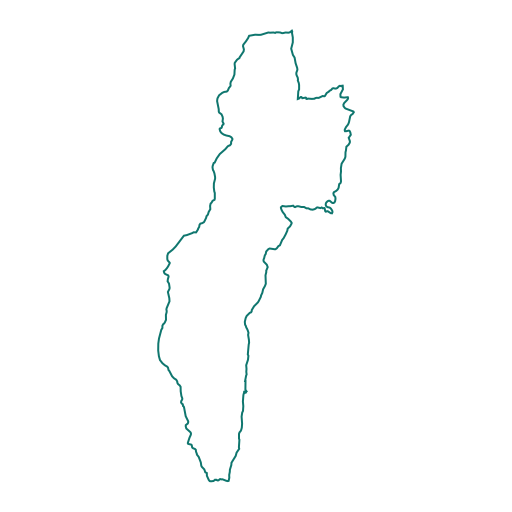 Vianí, Cundinamarca, Colombia (orthographic projection)
{"feature_id": "7082276B21790258987214", "entity_name": "Vianí", "entity_type": "district", "adm_level": 2, "iso_a3": "COL", "parent_name": "Colombia", "parent_adm1": "Cundinamarca", "projection": "orthographic", "projection_center": [-74.551, 4.881], "detail": "fine", "context": "isolated", "style": "outline", "palette": "teal", "viewbox_px": 512, "rotation_deg": 0, "n_neighbors": 0, "source": "geoboundaries", "source_scale": "gbopen_adm2", "svg_char_len": 6020}
<svg xmlns="http://www.w3.org/2000/svg" viewBox="0 0 512 512"><path d="M228.6,480.9L229.3,477.8L229.2,474.9L229.8,471.9L229.9,469.7L231.3,465.1L231.5,462.7L235.7,455.9L236.6,452.6L239.2,448.8L238.9,447.3L239.4,439.7L239.0,438.7L239.0,433.9L239.5,432.4L240.7,431.0L241.2,429.9L241.8,427.7L242.1,423.7L241.6,416.6L242.2,412.6L243.0,410.9L243.3,406.1L242.9,401.5L243.4,395.0L244.2,392.1L244.2,390.9L245.1,392.8L245.8,392.5L245.2,391.5L246.4,391.2L245.4,389.7L245.5,381.0L245.1,381.0L246.1,375.7L246.6,374.4L246.3,371.8L246.5,368.9L246.2,365.2L248.0,359.7L248.4,355.8L247.8,354.4L247.9,353.5L248.7,344.6L249.1,342.7L248.9,339.7L248.1,334.9L248.5,332.8L247.7,330.3L246.9,328.5L246.3,327.6L245.8,325.9L245.1,324.7L244.8,321.9L245.7,318.0L246.7,315.9L249.8,312.8L251.1,312.3L251.6,311.5L251.8,310.0L254.1,306.2L257.9,302.4L258.7,301.1L260.8,296.9L261.1,295.4L262.3,292.9L263.1,289.3L264.9,286.1L265.8,283.8L265.5,275.3L266.3,272.0L266.2,270.8L267.7,267.1L266.8,264.7L263.8,261.6L263.5,260.7L263.6,259.4L264.1,258.3L264.8,255.4L265.7,254.0L266.2,251.5L268.4,249.1L269.7,248.5L275.0,249.3L275.5,249.2L276.8,248.3L278.4,246.1L279.9,245.3L282.2,239.9L283.6,238.2L285.7,234.3L287.3,230.7L287.7,228.6L290.0,226.4L291.3,224.1L291.7,223.0L290.9,221.6L288.1,218.8L285.8,217.2L284.8,214.7L282.8,212.2L281.8,210.4L281.0,208.4L280.9,207.3L282.4,206.0L285.9,206.5L288.7,206.2L290.3,206.2L293.2,205.7L294.5,207.0L295.1,207.1L296.5,206.4L297.8,206.2L298.7,206.3L301.3,207.0L304.1,207.0L306.4,208.3L308.2,208.3L310.4,209.4L312.6,209.7L314.4,209.2L315.5,208.7L316.7,207.6L317.5,207.4L320.4,208.1L321.7,207.5L322.8,208.3L324.3,208.0L324.6,208.2L325.2,211.1L325.6,211.6L325.9,211.7L326.6,211.3L327.7,211.2L330.8,213.2L332.0,213.3L332.5,212.0L332.2,210.6L330.9,208.6L330.0,207.8L329.0,207.4L327.7,207.2L326.5,206.5L325.9,205.6L325.7,204.5L325.9,203.3L326.3,202.5L327.6,201.2L328.9,200.7L329.7,200.8L332.1,202.8L332.7,203.0L333.4,203.0L334.4,202.5L335.1,201.2L335.5,198.8L335.3,197.0L333.7,195.0L333.4,193.2L333.9,192.2L336.2,190.9L337.7,189.5L338.6,187.8L339.2,184.1L340.4,183.2L340.7,182.6L341.0,181.3L340.6,174.8L341.0,171.5L340.9,168.1L341.6,163.7L344.5,159.1L345.1,157.8L345.4,156.7L345.5,152.2L345.9,150.7L346.4,146.7L348.6,144.7L349.8,142.6L349.9,141.2L348.7,137.8L350.8,134.8L350.3,132.4L349.7,131.1L349.2,130.7L348.7,130.6L346.2,131.2L345.0,131.2L344.7,130.2L344.8,129.5L346.0,127.1L347.9,124.7L348.5,123.5L349.0,122.1L350.2,116.3L351.2,114.9L352.6,114.0L353.8,112.2L353.4,111.5L345.5,108.5L344.7,107.8L343.5,106.1L343.4,104.6L344.2,103.0L347.2,99.9L347.9,98.9L348.1,98.0L347.8,97.2L344.1,97.6L341.0,97.2L340.5,96.8L340.4,94.1L342.9,89.4L342.7,85.7L342.1,85.7L341.7,86.3L339.9,85.8L338.9,86.3L337.3,88.0L336.2,88.5L335.3,88.6L333.3,88.2L332.4,88.5L331.1,90.0L329.5,90.8L329.0,91.5L326.7,93.0L324.9,96.0L324.2,96.3L322.7,96.0L318.7,97.9L316.6,97.8L315.1,98.2L314.6,98.7L311.9,98.9L308.2,98.6L306.9,99.0L306.4,98.9L306.2,98.0L305.7,97.6L302.3,98.2L301.5,97.1L301.1,97.0L300.5,97.1L299.1,98.5L297.8,99.0L298.3,91.3L299.1,89.4L299.1,85.0L298.8,83.1L297.8,80.4L298.0,79.4L297.7,77.6L296.7,75.5L296.3,74.0L296.4,72.6L297.4,69.8L297.2,68.0L295.6,63.2L294.6,57.6L292.9,54.9L291.2,48.7L292.8,42.4L292.8,37.5L292.0,32.9L292.2,31.4L291.9,30.7L289.9,32.3L288.5,32.7L285.6,32.5L283.0,33.1L281.9,33.1L280.2,32.5L277.9,32.3L276.2,32.3L275.2,32.9L273.5,32.5L270.0,32.7L268.3,32.5L260.9,34.8L258.8,34.9L255.2,34.7L249.1,35.8L248.1,38.1L245.9,41.4L243.3,44.7L243.0,46.1L243.9,49.4L243.6,51.4L239.7,57.2L239.4,58.1L237.7,59.2L236.9,59.9L234.8,62.8L234.6,64.0L235.1,68.5L234.7,69.5L234.4,74.6L232.9,78.5L230.8,81.8L230.4,83.7L230.6,85.7L230.3,86.3L228.9,88.0L227.8,90.6L226.7,91.6L224.3,91.9L222.3,92.8L219.1,95.3L217.5,98.3L217.3,99.3L217.1,101.1L218.7,109.1L218.8,111.7L219.2,112.6L221.5,114.3L222.6,116.8L222.9,118.6L222.5,121.5L223.6,123.6L223.4,124.4L223.0,124.5L222.1,125.8L221.7,127.6L221.3,128.0L220.0,128.4L219.6,129.0L220.1,131.0L221.0,132.5L222.1,133.5L223.8,134.6L226.3,135.5L229.6,136.2L231.4,137.3L232.4,138.8L232.4,139.5L231.1,141.9L231.1,143.8L230.4,144.8L229.7,145.5L228.5,145.8L227.6,146.5L225.3,149.2L219.8,154.0L216.7,158.4L214.7,162.6L213.7,163.0L212.7,165.9L212.5,167.2L212.8,169.2L213.1,170.3L213.6,171.0L214.4,173.3L215.1,177.0L215.1,178.7L213.9,183.4L213.8,187.5L214.3,191.5L214.8,193.0L214.8,198.7L214.5,199.8L212.6,200.8L211.6,202.6L210.6,203.6L210.1,205.9L210.3,209.2L208.7,211.9L207.9,214.6L206.5,216.2L206.1,217.9L204.6,221.0L203.9,222.2L202.1,223.2L200.4,223.6L200.1,224.0L199.5,224.9L199.2,226.9L198.1,228.7L198.0,229.4L196.1,232.4L193.5,232.3L192.5,233.0L186.8,235.1L183.9,235.7L175.7,246.5L172.7,249.6L168.1,253.3L167.3,255.8L167.3,259.1L167.7,260.5L169.7,262.7L169.7,263.3L168.1,266.4L166.9,268.2L165.3,270.1L163.8,271.2L164.1,272.5L164.5,273.3L165.2,274.0L168.2,275.4L168.5,276.1L168.6,276.7L167.9,279.0L167.6,281.3L169.0,283.6L169.6,287.6L169.5,288.8L167.9,292.0L169.3,298.1L169.5,301.3L166.6,308.3L166.4,309.6L166.7,311.0L166.6,312.3L165.9,314.9L166.0,319.8L164.8,322.5L164.0,323.6L163.1,324.3L162.4,325.8L162.4,328.0L161.3,329.8L159.0,338.5L158.3,343.6L158.2,350.5L158.9,356.2L160.0,360.1L162.4,363.2L164.9,365.3L167.3,366.7L168.0,367.7L168.6,370.2L169.3,370.9L172.1,376.3L174.0,378.3L176.2,379.7L177.2,381.4L177.4,382.9L178.1,384.1L179.7,385.4L180.6,386.8L180.7,391.3L181.4,396.0L182.3,398.4L182.2,399.5L181.2,401.2L181.1,402.6L182.0,403.8L182.8,404.3L183.0,406.0L183.6,406.4L184.0,407.2L185.7,416.2L188.2,421.3L188.2,422.3L187.8,423.5L185.8,425.1L185.7,426.2L186.3,428.5L190.2,432.0L190.7,432.6L191.0,433.8L190.8,434.8L189.5,437.7L188.1,442.0L187.8,443.1L188.2,443.9L191.2,444.6L191.7,445.1L192.2,447.5L193.0,448.2L195.0,449.0L195.8,449.8L196.0,451.6L196.9,454.0L196.9,454.6L198.7,456.9L200.8,462.4L201.3,465.8L201.9,466.9L204.3,469.4L205.3,472.3L206.8,473.0L206.9,475.8L208.8,480.0L209.7,481.1L211.0,481.3L213.5,481.0L215.1,479.7L216.1,480.0L216.3,479.8L217.9,480.5L218.5,480.3L220.0,479.1L220.6,479.1L221.2,479.4L222.5,479.3L226.3,480.8L227.7,481.1L228.6,480.9Z" fill="none" stroke="#0f766e" stroke-width="2"/></svg>